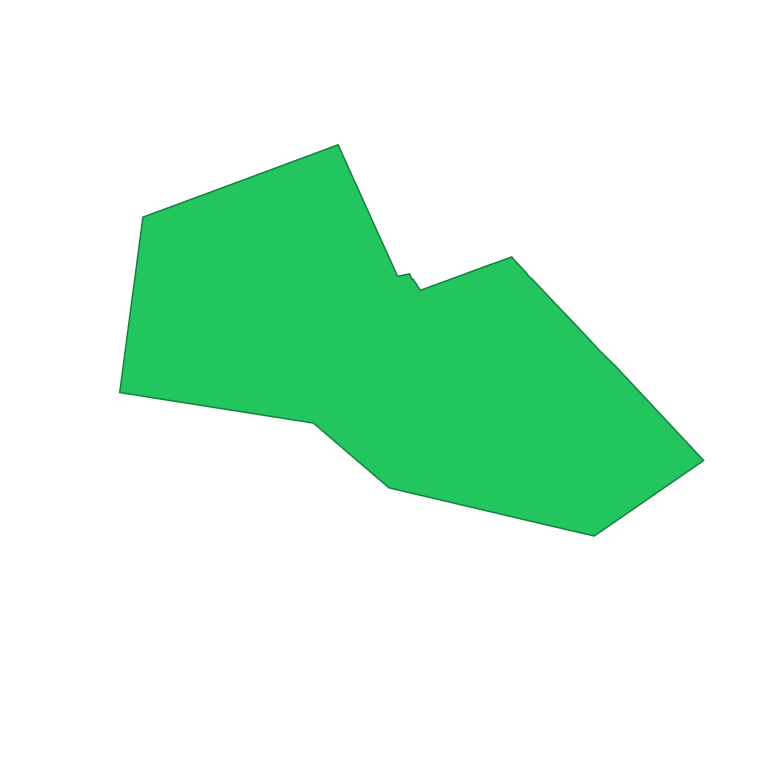 Den Helder, Noord-Holland, Netherlands (Robinson projection), rotated 221°
{"feature_id": "6326949B80665930632751", "entity_name": "Den Helder", "entity_type": "district", "adm_level": 2, "iso_a3": "NLD", "parent_name": "Netherlands", "parent_adm1": "Noord-Holland", "projection": "robinson", "projection_center": [4.789, 52.95], "detail": "fine", "context": "isolated", "style": "filled", "palette": "green", "viewbox_px": 768, "rotation_deg": 221, "n_neighbors": 0, "source": "geoboundaries", "source_scale": "gbopen_adm2", "svg_char_len": 2942}
<svg xmlns="http://www.w3.org/2000/svg" viewBox="0 0 768 768"><g transform="rotate(221 384 384)"><path d="M370.9,563.8L371.2,563.3L371.4,562.9L376.5,553.7L378.0,551.0L378.1,550.7L378.9,549.4L379.9,547.7L380.8,546.1L381.7,544.5L382.7,542.7L383.3,541.6L384.0,540.6L384.4,539.7L385.0,538.8L385.2,538.4L393.5,523.1L396.5,517.5L399.2,512.7L401.5,508.6L403.7,504.4L403.8,504.2L406.0,500.5L408.8,495.4L410.8,491.8L413.8,486.2L417.4,479.7L418.0,478.6L418.4,478.8L418.6,478.8L419.2,479.0L419.3,479.0L419.6,479.1L419.8,479.2L420.2,479.2L420.5,479.3L420.8,479.3L421.0,479.3L421.4,479.4L421.8,479.5L422.1,479.6L422.4,479.7L422.7,479.8L422.9,479.9L423.4,480.1L423.8,480.3L424.1,480.4L424.4,480.5L424.6,480.6L424.9,480.7L425.1,480.7L425.2,480.8L425.5,480.8L425.8,480.9L426.3,481.0L426.7,481.0L427.0,481.1L427.6,481.2L428.1,481.4L428.6,481.5L428.8,481.5L429.1,481.6L429.4,481.7L429.7,481.9L430.0,482.0L430.3,482.1L430.5,482.1L430.8,482.0L430.9,481.9L431.2,481.7L431.4,481.4L432.7,481.9L434.2,482.6L435.6,483.3L437.0,483.9L437.1,483.7L438.2,482.4L438.3,482.2L438.9,481.4L439.0,481.3L440.0,479.9L440.9,478.7L441.2,478.4L441.3,478.2L442.7,476.5L444.4,474.2L454.5,478.9L468.7,485.3L485.6,493.1L490.5,495.3L493.7,496.8L496.8,498.2L509.3,504.0L515.1,506.6L524.1,510.8L539.3,517.7L546.7,521.1L550.4,522.8L557.9,526.3L575.6,534.4L580.3,525.8L581.7,523.2L638.5,419.2L644.5,408.3L669.2,363.1L675.4,351.8L668.3,341.0L662.1,331.6L654.7,320.4L647.1,309.0L645.7,306.9L640.6,299.1L632.7,287.1L625.9,276.8L617.7,264.4L610.4,253.3L602.9,242.0L595.3,230.5L587.6,218.9L577.9,204.2L572.6,207.4L566.5,211.3L560.0,215.4L553.1,219.6L547.2,223.3L541.0,227.2L533.8,231.7L533.0,232.2L526.9,236.0L520.0,240.4L512.9,244.8L506.2,249.0L502.5,251.3L498.8,253.6L490.4,258.9L483.0,263.5L473.8,269.3L466.7,273.7L460.0,277.9L453.6,281.9L446.1,286.6L440.0,290.5L433.8,294.3L426.8,298.7L420.3,302.8L420.1,302.9L412.1,307.9L411.6,308.2L405.2,308.3L395.2,308.3L386.1,308.4L378.9,308.4L370.7,308.5L365.4,308.5L361.7,308.5L352.2,308.6L343.6,308.7L335.4,308.7L325.5,308.8L315.5,308.9L312.1,308.9L308.5,310.8L301.8,314.3L295.9,317.4L289.4,320.8L283.0,324.2L275.1,328.4L268.4,331.9L260.3,336.2L251.5,340.8L244.2,344.6L237.0,348.5L229.9,352.2L221.8,356.4L214.9,360.1L206.3,364.6L199.0,368.5L191.3,372.5L183.3,376.7L175.7,380.7L168.7,384.4L161.0,388.5L154.1,392.1L147.5,395.6L140.0,399.6L132.7,403.5L125.6,407.2L92.6,536.0L219.5,549.2L244.1,550.7L245.6,550.9L252.0,551.6L262.0,552.7L262.4,552.7L262.5,552.8L265.1,553.0L273.0,553.8L284.2,554.9L305.1,556.8L328.7,559.2L329.3,559.2L329.5,559.3L330.3,559.3L330.9,559.4L332.0,559.5L340.4,560.3L340.8,560.4L341.5,560.4L342.1,560.4L342.8,560.3L343.2,560.3L343.7,560.3L343.8,560.3L344.1,560.3L345.3,560.4L345.6,560.4L347.3,560.6L348.0,560.8L348.4,560.9L348.9,561.0L349.3,561.1L349.8,561.2L350.0,561.3L351.1,561.4L354.5,561.8L369.1,563.2L369.2,563.3L369.3,563.3L369.6,563.4L370.3,563.6L370.9,563.8Z" fill="#22c55e" stroke="#15803d" stroke-width="1.5"/></g></svg>